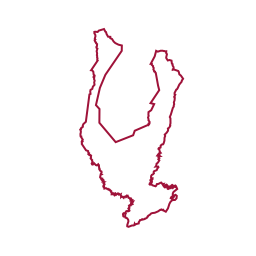 outline of Natá, Coclé, Panama, rotated 30°
{"feature_id": "35544464B34779473724765", "entity_name": "Natá", "entity_type": "district", "adm_level": 2, "iso_a3": "PAN", "parent_name": "Panama", "parent_adm1": "Coclé", "projection": "equal_earth", "projection_center": [-80.564, 8.407], "detail": "fine", "context": "isolated", "style": "outline", "palette": "rose", "viewbox_px": 256, "rotation_deg": 30, "n_neighbors": 0, "source": "geoboundaries", "source_scale": "gbopen_adm2", "svg_char_len": 5963}
<svg xmlns="http://www.w3.org/2000/svg" viewBox="0 0 256 256"><g transform="rotate(30 128 128)"><path d="M175.9,212.6L176.5,213.1L176.6,213.5L177.9,213.3L180.2,210.4L181.7,209.5L182.0,208.8L181.7,207.7L182.5,208.2L183.1,207.1L185.0,205.3L184.4,204.0L184.6,203.0L184.4,201.9L185.5,200.9L185.7,200.1L186.1,199.8L186.5,200.0L187.8,198.7L187.8,198.3L188.2,198.1L189.3,196.3L189.2,194.8L189.5,194.7L189.5,193.6L190.3,192.3L190.7,190.6L191.5,189.6L193.6,188.0L195.7,185.2L196.9,182.6L197.5,182.5L197.9,181.7L199.4,181.8L199.6,181.3L200.2,181.7L202.6,181.6L202.8,177.6L201.8,173.1L201.7,170.9L202.4,168.3L204.7,166.8L205.2,164.7L204.2,162.4L202.6,162.1L202.0,162.9L202.1,165.3L201.8,166.5L201.0,167.4L200.1,167.4L200.0,166.4L200.7,164.9L200.6,164.3L199.5,162.2L199.4,160.5L201.1,156.2L198.7,154.4L197.8,154.1L197.3,154.7L198.2,154.9L198.3,155.5L197.2,155.7L196.8,157.6L196.5,157.5L195.2,155.2L194.7,155.2L194.3,156.2L195.2,157.5L195.2,158.7L194.6,159.1L194.1,157.5L193.5,157.6L193.1,158.2L193.7,160.1L193.2,160.8L192.7,160.8L192.1,160.3L191.7,158.4L189.9,157.8L189.6,158.3L190.2,160.2L189.7,161.0L189.2,160.9L188.7,159.2L187.9,160.5L186.8,159.9L186.8,158.6L185.8,159.4L184.2,158.6L183.7,159.0L182.3,161.2L181.0,162.2L181.3,163.8L181.0,164.7L177.8,165.4L176.7,165.1L175.3,166.1L174.8,166.0L174.5,164.9L175.7,163.8L175.7,162.7L175.1,161.9L174.1,162.6L173.4,162.0L173.5,161.3L174.6,160.7L174.8,159.9L174.4,159.3L173.8,160.0L173.2,159.9L172.6,159.2L172.0,157.8L172.1,156.6L172.8,155.6L173.1,154.3L172.2,153.4L172.2,152.4L173.9,150.2L173.7,148.1L174.0,146.8L173.5,146.4L172.8,147.1L171.9,146.9L171.2,147.5L171.3,146.4L170.6,144.7L171.2,143.0L171.3,140.3L169.9,139.9L170.2,138.6L169.1,138.3L168.7,137.5L169.9,136.4L169.2,136.4L168.8,135.5L168.4,135.4L168.0,135.7L167.8,137.1L167.2,137.3L167.5,134.5L168.7,133.2L167.3,132.6L165.8,130.9L165.0,131.0L164.7,130.6L164.8,129.9L165.9,128.8L165.8,128.1L165.2,127.3L165.1,126.7L165.8,125.0L166.5,124.6L166.6,123.8L165.9,120.8L164.5,118.2L164.2,116.3L163.1,115.4L163.8,112.9L164.0,110.7L163.7,109.5L162.8,108.5L163.5,107.0L163.5,104.9L163.0,104.6L162.4,102.6L159.9,98.4L158.7,97.6L158.4,95.0L156.8,88.2L156.9,86.6L156.3,85.5L156.1,84.3L154.9,82.9L154.5,80.8L153.5,78.6L153.1,78.0L152.7,78.2L152.4,77.9L152.3,75.5L151.4,75.4L150.8,74.3L150.6,70.6L151.0,70.0L151.1,69.0L150.7,64.7L151.3,61.1L150.9,60.0L151.1,57.8L147.5,56.1L145.7,55.9L144.0,54.1L143.0,53.5L138.4,54.4L137.6,55.2L137.4,54.8L137.7,53.6L137.5,53.2L136.9,52.4L135.4,51.6L134.7,50.4L133.8,50.3L132.0,47.9L129.9,48.4L128.7,49.6L126.3,48.4L125.8,47.8L124.8,44.6L123.7,44.1L122.8,42.5L122.2,43.1L121.3,43.0L120.5,43.5L119.5,43.7L117.6,44.8L115.6,47.0L113.8,47.1L115.3,52.6L115.6,61.1L116.6,60.6L117.1,61.5L118.7,61.8L119.1,62.5L120.3,63.2L120.7,64.6L122.3,65.5L122.4,65.9L123.3,65.7L123.8,66.3L124.5,66.4L132.8,76.2L136.1,79.6L135.1,95.2L138.7,94.2L139.2,101.0L137.8,104.0L139.2,106.6L139.8,107.1L140.1,108.9L141.4,110.1L141.8,111.0L143.5,111.8L143.7,112.6L144.2,112.8L144.4,114.1L143.7,114.3L144.1,115.4L143.7,115.5L135.2,127.0L136.1,131.7L124.4,146.4L100.6,137.8L93.8,125.8L88.8,124.2L83.6,107.3L81.8,93.2L84.0,64.3L81.4,59.6L78.1,60.6L74.5,60.8L72.3,60.3L69.7,58.9L67.8,59.1L67.1,57.9L65.1,58.9L62.4,57.3L61.0,55.9L60.2,55.9L57.7,54.3L54.0,58.3L53.7,60.0L51.3,61.1L50.8,61.6L51.6,62.9L52.8,63.4L53.9,64.7L54.6,67.3L55.5,67.7L55.2,68.7L55.5,69.0L56.9,69.9L57.6,69.9L58.0,70.6L59.3,70.8L60.2,72.8L60.1,73.7L60.8,74.4L61.8,74.5L62.4,77.1L64.0,78.9L64.6,80.5L65.2,80.9L66.1,82.6L66.7,82.8L67.3,84.5L68.0,84.7L67.2,96.4L68.2,96.0L69.8,96.6L71.6,99.0L72.8,99.2L73.1,99.9L72.6,100.6L72.6,101.1L73.7,101.4L74.0,102.5L75.5,103.7L75.9,105.4L77.4,107.3L76.9,109.7L77.5,112.0L76.5,113.7L77.0,115.2L78.5,117.2L77.8,118.2L88.4,143.7L87.4,146.9L87.6,148.5L88.3,149.5L87.5,151.4L87.7,151.7L87.5,152.1L87.9,152.6L87.5,153.3L88.7,154.2L89.6,156.0L89.7,156.8L90.7,158.4L91.1,158.9L91.8,158.7L92.1,159.4L94.5,160.6L94.4,161.0L95.3,162.1L94.8,162.4L95.0,162.7L94.8,163.2L95.7,164.1L95.9,164.9L102.8,168.3L105.0,167.9L105.8,169.0L106.7,169.2L106.6,169.7L107.1,169.9L106.9,170.5L108.2,170.8L109.0,170.2L109.9,170.4L110.4,171.9L110.8,172.2L110.9,173.1L113.0,173.7L113.1,174.3L114.3,175.0L114.3,176.9L115.1,177.5L115.8,177.3L116.3,175.5L118.7,176.2L119.6,176.0L120.3,174.4L121.3,175.3L121.6,175.0L123.0,177.1L123.4,177.2L123.6,177.9L124.2,177.9L124.6,178.6L125.6,179.0L126.7,178.9L127.3,179.5L127.4,181.1L128.3,181.3L127.6,182.0L128.4,184.5L129.1,184.6L129.3,185.0L130.2,185.2L130.5,185.8L131.0,186.0L131.3,185.1L131.7,185.6L132.3,185.2L132.9,185.4L132.9,186.5L133.2,186.2L133.4,186.6L133.6,186.3L134.1,186.8L134.4,186.7L134.1,187.3L134.3,188.0L135.0,188.0L135.5,188.7L135.6,188.3L135.9,188.5L135.9,189.1L135.5,189.7L135.7,190.7L136.3,190.7L136.5,191.2L136.8,191.0L137.8,192.3L139.0,191.1L140.3,191.2L141.1,190.7L141.6,191.1L142.6,190.5L143.0,190.6L142.9,191.0L143.5,190.9L144.5,191.4L144.7,191.0L145.2,191.1L145.8,192.2L146.5,192.2L147.0,193.6L147.8,193.1L148.2,191.9L148.8,192.1L149.2,191.5L149.5,192.0L149.4,192.8L149.8,193.0L149.9,192.4L150.5,192.2L150.5,191.4L151.1,191.8L151.2,191.5L150.9,191.3L151.6,190.7L151.7,189.9L152.4,189.5L153.2,190.2L153.7,189.5L154.7,189.7L154.9,189.3L155.1,190.0L156.0,190.3L156.4,191.0L156.5,190.5L157.0,190.8L157.5,190.3L159.2,190.7L159.1,189.5L159.4,189.4L160.0,188.5L160.5,188.7L160.8,187.3L161.1,187.5L161.3,187.3L161.4,187.7L161.7,187.1L162.4,187.2L163.4,188.2L164.7,187.9L165.0,188.2L165.6,187.5L166.8,188.1L166.2,189.0L166.5,189.6L167.4,188.8L167.7,189.7L168.3,188.7L168.6,189.3L168.2,190.5L168.7,190.5L169.2,189.8L169.2,191.2L170.0,191.7L169.3,192.5L168.9,191.7L168.5,191.6L168.4,192.2L169.0,193.5L167.9,194.1L167.7,194.9L168.8,195.6L168.6,197.3L169.4,197.3L169.6,198.7L170.5,198.7L170.6,199.1L169.6,200.3L168.6,200.4L168.1,200.9L168.0,202.2L168.9,203.2L168.8,203.9L167.0,203.8L166.7,204.3L166.7,205.1L168.1,206.8L168.7,206.8L169.6,205.6L170.6,206.9L172.5,206.6L174.2,207.5L175.1,208.8L175.9,212.6Z" fill="none" stroke="#9f1239" stroke-width="2"/></g></svg>